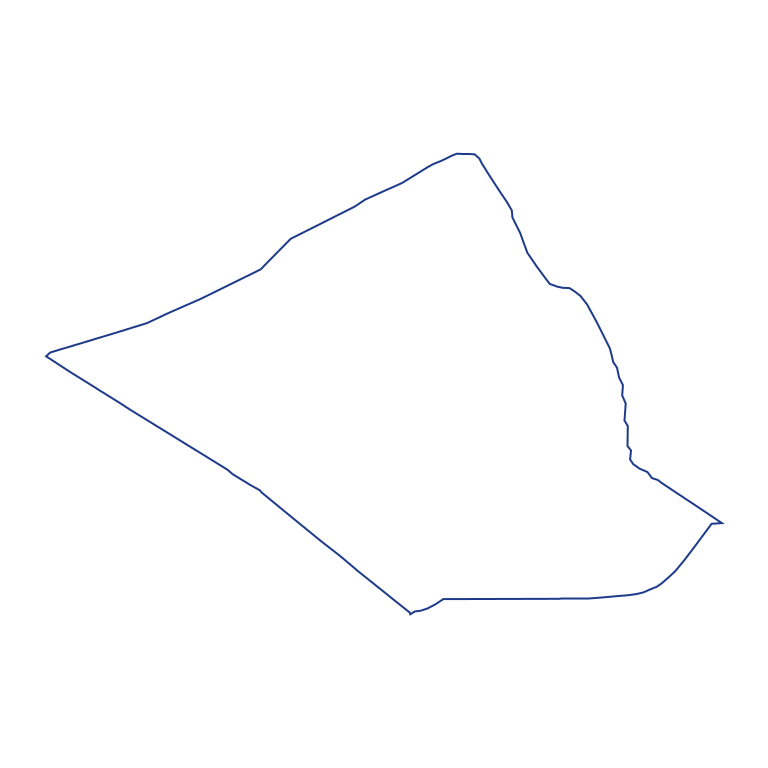 the district of Al Leri, South Kordufan, Sudan
{"feature_id": "16777658B28886602001992", "entity_name": "Al Leri", "entity_type": "district", "adm_level": 2, "iso_a3": "SDN", "parent_name": "Sudan", "parent_adm1": "South Kordufan", "projection": "mercator", "projection_center": [30.87, 10.168], "detail": "fine", "context": "isolated", "style": "outline", "palette": "blue", "viewbox_px": 768, "rotation_deg": 0, "n_neighbors": 0, "source": "geoboundaries", "source_scale": "gbopen_adm2", "svg_char_len": 1662}
<svg xmlns="http://www.w3.org/2000/svg" viewBox="0 0 768 768"><path d="M721.9,523.1L703.7,510.9L662.9,483.8L657.6,479.9L652.0,478.1L647.5,472.1L639.3,468.5L633.1,464.0L630.1,459.5L631.0,450.5L627.5,446.0L627.8,426.0L624.5,420.6L625.7,403.5L622.2,395.4L622.9,385.1L619.1,377.6L617.0,367.7L613.2,362.0L611.7,355.4L609.9,348.5L597.2,323.0L587.2,304.6L580.4,295.9L574.2,291.1L569.5,288.1L562.7,287.8L557.1,286.6L549.7,283.9L545.6,278.5L536.6,266.3L527.4,252.8L524.2,244.2L523.6,242.6L520.3,233.3L512.4,217.4L511.8,210.4L507.1,202.3L500.0,191.8L490.2,176.8L482.3,164.2L479.3,158.5L474.6,154.3L468.7,154.0L463.1,154.0L456.9,153.7L452.2,155.5L447.4,157.9L441.8,160.6L433.0,164.2L428.5,166.7L427.8,167.1L427.7,167.2L424.0,169.4L420.3,171.7L413.7,175.8L402.0,183.0L394.0,186.6L385.4,190.4L365.3,199.5L354.5,206.7L290.7,238.8L277.9,251.8L264.8,265.1L260.6,269.4L201.1,298.7L186.5,305.1L182.4,306.9L171.9,311.5L166.3,314.0L147.0,323.1L125.7,329.7L113.4,333.5L99.1,337.8L93.5,339.5L77.3,344.4L58.4,350.0L56.6,350.6L50.6,352.4L50.3,352.5L48.7,353.9L47.3,355.2L46.1,356.3L70.3,372.1L94.3,387.0L98.6,389.8L117.8,401.7L130.3,409.8L130.6,410.0L227.6,469.8L232.8,474.3L250.5,485.1L259.8,490.3L262.0,492.8L291.7,517.2L321.2,541.3L340.0,555.9L356.1,569.5L356.3,569.8L387.7,594.9L392.9,599.1L397.0,602.4L409.8,612.6L410.3,614.3L414.7,611.5L420.7,610.7L427.5,608.5L435.4,604.3L440.0,601.3L443.3,599.1L560.0,598.8L560.8,598.5L588.9,598.5L599.3,597.7L608.5,596.9L618.6,596.0L628.4,595.2L636.3,594.1L643.4,592.4L651.6,588.8L656.5,586.9L661.4,583.6L669.3,576.7L675.3,571.1L684.0,560.6L693.9,547.6L702.3,536.3L711.6,523.8L721.9,523.1Z" fill="none" stroke="#1e3a8a" stroke-width="2"/></svg>